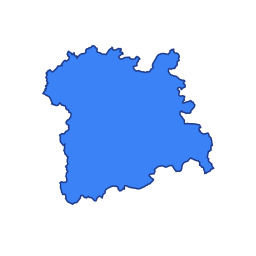 Ambohimahasoa, Haute Matsiatra, Madagascar, rotated 195°
{"feature_id": "10022922B34392392155891", "entity_name": "Ambohimahasoa", "entity_type": "district", "adm_level": 2, "iso_a3": "MDG", "parent_name": "Madagascar", "parent_adm1": "Haute Matsiatra", "projection": "mercator", "projection_center": [47.173, -21.056], "detail": "fine", "context": "isolated", "style": "filled", "palette": "blue", "viewbox_px": 256, "rotation_deg": 195, "n_neighbors": 0, "source": "geoboundaries", "source_scale": "gbopen_adm2", "svg_char_len": 5868}
<svg xmlns="http://www.w3.org/2000/svg" viewBox="0 0 256 256"><g transform="rotate(195 128 128)"><path d="M190.9,100.7L189.8,97.3L186.4,94.7L185.9,94.8L185.0,96.0L184.7,96.0L184.9,94.1L184.3,93.4L184.3,92.3L183.7,91.2L184.2,90.0L184.1,89.6L183.1,88.7L182.2,86.7L180.9,86.1L179.6,84.8L178.4,84.6L178.5,82.0L178.0,79.9L176.8,77.6L177.0,76.7L177.9,75.6L178.2,74.5L176.7,73.5L176.7,72.2L176.4,71.6L174.9,70.6L174.9,70.1L175.7,68.7L175.4,65.1L174.4,63.9L173.3,61.4L173.9,59.7L176.3,58.7L178.1,58.9L179.5,57.6L179.5,57.3L178.5,56.4L177.8,53.0L176.2,50.5L175.6,48.9L174.6,48.1L174.1,47.1L173.6,46.9L172.4,47.6L171.1,47.3L170.0,45.3L170.1,43.9L167.3,41.2L161.8,40.1L160.5,41.8L158.5,42.6L157.8,43.4L156.0,47.9L156.0,50.4L155.3,51.0L153.9,51.0L152.3,49.7L150.4,49.7L149.8,49.9L149.2,51.3L148.7,51.7L147.5,50.8L145.3,51.4L141.4,49.0L140.1,49.4L139.8,52.2L138.5,54.5L137.4,54.8L134.9,53.8L134.9,57.3L133.4,59.2L133.8,61.8L133.5,62.5L132.4,64.1L130.5,65.9L127.9,67.8L125.1,68.7L124.6,68.4L124.0,68.6L122.5,68.3L121.9,67.8L121.9,66.7L119.8,65.1L118.4,65.7L117.1,67.7L115.7,68.1L115.7,68.5L116.4,69.0L116.1,70.0L116.3,71.2L115.8,71.6L113.6,71.8L112.8,71.3L110.0,71.2L104.5,71.8L102.8,71.7L100.4,72.7L99.1,74.0L96.9,75.6L95.8,77.2L94.6,77.8L93.9,79.2L92.6,79.6L90.2,83.8L90.1,84.7L90.3,85.1L92.6,85.7L94.1,86.9L94.9,87.1L95.3,88.0L95.1,88.7L94.6,89.2L91.1,90.4L90.7,93.2L91.8,94.7L89.4,98.0L88.6,98.7L85.9,100.1L84.2,100.4L82.0,99.9L80.8,100.2L78.0,102.5L76.3,103.0L75.3,102.9L72.1,99.9L70.2,98.5L69.1,99.2L66.7,99.7L65.8,100.7L65.6,102.6L66.0,104.9L65.8,107.2L65.1,108.8L63.5,110.4L61.8,111.3L60.3,114.7L59.8,115.0L58.9,115.2L58.3,114.8L57.2,115.0L56.6,114.6L53.2,114.2L51.7,114.5L50.7,113.7L49.8,113.4L49.2,110.6L47.9,110.4L46.8,109.3L45.3,109.5L44.9,109.2L43.5,106.7L42.4,105.6L42.1,104.0L40.9,104.5L39.7,106.1L37.9,107.3L37.3,108.3L37.2,109.8L36.1,110.1L34.9,111.3L37.3,113.3L37.7,114.8L41.3,116.5L42.0,117.4L42.1,119.2L43.8,120.0L44.3,126.3L43.1,126.5L43.0,127.6L42.1,128.2L43.2,132.3L42.1,133.1L42.2,133.6L43.4,135.7L43.9,137.6L45.0,138.9L45.1,139.7L45.4,140.1L47.2,140.8L49.0,143.6L49.8,143.7L52.7,142.0L54.6,141.8L56.8,142.6L57.3,143.6L58.2,143.3L58.8,145.0L59.3,145.5L59.3,146.3L58.9,146.9L58.1,147.0L57.9,147.5L59.7,149.4L60.2,149.5L65.2,149.1L70.5,147.8L71.9,147.8L72.5,147.3L74.2,146.8L74.6,147.1L75.5,149.0L75.6,150.1L77.4,151.3L78.3,152.4L79.6,153.0L81.3,154.6L81.9,156.9L80.4,158.4L79.8,157.5L78.3,157.7L75.5,157.2L74.6,157.8L72.2,158.3L71.6,158.8L71.4,159.5L71.7,160.8L69.6,165.0L69.3,166.6L69.5,167.4L69.7,167.9L71.1,168.6L71.9,169.9L73.4,169.7L74.4,170.7L74.8,170.7L75.9,169.5L79.3,167.6L80.6,166.4L81.8,166.7L81.9,167.7L80.9,169.5L81.6,171.1L81.3,172.4L81.5,173.1L83.8,173.3L85.6,172.2L87.5,173.0L87.7,173.7L87.7,176.6L88.5,177.4L89.8,177.7L90.3,178.6L90.3,179.3L88.9,180.5L88.0,180.7L87.1,180.1L86.9,179.3L86.5,179.0L86.1,179.3L85.7,180.5L83.4,182.5L84.2,184.5L84.9,185.0L85.8,185.1L85.9,186.8L85.3,187.7L85.6,188.3L86.7,188.6L88.0,187.9L89.1,188.4L90.9,188.3L92.8,189.5L95.1,190.4L96.8,190.2L100.1,190.4L101.7,191.2L103.6,193.1L103.9,193.9L103.6,196.1L102.8,196.3L102.0,196.0L101.1,196.2L100.1,197.1L98.6,197.5L98.1,198.3L97.7,200.2L96.8,201.5L97.6,204.6L97.4,205.2L96.5,205.9L96.1,206.5L97.1,208.0L97.4,209.0L96.9,209.5L96.9,210.1L98.0,211.9L98.6,212.5L100.4,213.0L101.3,212.5L102.4,212.7L103.9,214.0L104.0,215.4L104.4,215.9L105.6,215.0L105.9,215.2L107.4,213.5L107.1,212.3L108.2,209.5L112.7,209.2L114.6,208.7L117.6,206.6L118.3,205.2L120.7,196.2L120.5,194.2L119.3,193.2L119.5,192.4L121.0,190.7L121.7,188.1L122.4,187.5L124.0,187.4L125.5,186.1L127.4,186.3L128.6,185.8L132.8,186.1L134.8,185.1L136.1,185.6L137.2,186.5L137.5,186.5L138.7,188.5L138.2,189.1L135.6,190.4L135.5,190.9L136.1,191.7L136.2,193.4L135.3,195.3L135.6,196.9L134.5,197.6L134.5,197.9L136.4,199.1L137.9,199.3L138.0,198.6L138.9,198.2L139.2,196.4L140.8,195.8L143.2,195.5L144.2,195.8L144.3,196.3L145.3,196.7L149.6,195.1L150.4,194.1L152.2,192.8L153.2,192.7L155.1,193.7L155.3,194.0L155.1,195.3L153.9,196.6L153.4,197.6L152.9,198.0L152.1,197.9L152.1,198.6L153.0,199.5L155.5,199.6L155.6,200.5L154.8,201.5L155.0,202.4L155.6,202.8L156.6,202.3L157.7,202.4L159.6,200.6L161.8,199.5L163.4,200.0L163.6,201.3L164.3,201.7L164.5,200.9L166.0,199.3L166.8,197.7L166.9,196.9L168.2,193.3L170.4,193.2L172.0,192.5L174.4,193.4L176.9,193.3L178.0,194.1L178.2,194.7L178.0,195.7L178.6,196.9L180.0,197.1L181.3,198.3L182.1,198.5L183.9,198.0L184.5,196.2L186.5,195.2L187.0,194.2L188.4,193.7L188.8,192.5L188.8,191.8L188.3,190.5L188.5,189.5L189.7,188.6L191.9,187.7L193.1,186.7L194.6,184.4L195.3,182.4L196.3,184.2L197.7,183.8L198.3,184.1L198.5,184.9L199.2,185.5L199.5,186.5L200.2,186.1L200.5,184.6L201.3,184.7L202.3,185.7L205.4,186.6L205.7,185.4L205.8,183.4L204.9,182.8L204.8,182.1L203.3,181.7L203.1,181.2L203.0,179.7L203.6,177.7L205.0,176.6L206.0,177.1L206.9,176.7L208.4,173.4L208.4,172.1L207.9,171.2L209.0,171.3L210.3,169.9L211.6,169.8L212.7,166.6L215.1,162.9L215.7,162.6L216.7,162.9L218.1,163.9L218.5,163.9L218.8,163.2L219.6,163.1L220.1,162.5L220.3,160.6L221.1,160.6L221.0,159.2L220.2,159.0L219.7,158.0L220.2,157.0L220.3,155.4L218.9,154.5L218.7,153.6L218.9,152.7L216.9,150.5L217.7,150.1L217.3,149.5L217.5,148.9L217.3,148.2L218.5,147.3L218.4,146.9L217.8,146.5L217.1,145.1L217.3,144.7L218.1,144.4L218.1,143.6L217.6,143.3L217.5,142.9L218.3,141.8L219.0,139.3L217.2,139.1L216.3,138.7L212.5,137.9L211.1,136.9L207.8,132.7L207.9,131.5L206.8,131.8L206.1,131.1L205.1,131.5L203.7,131.1L202.5,131.3L201.5,132.0L200.4,134.5L200.0,134.6L198.0,132.9L196.7,133.3L196.0,132.9L194.6,133.2L193.7,132.3L192.9,130.5L191.3,129.8L190.2,130.0L189.1,127.9L187.2,127.6L186.6,127.1L186.3,125.8L186.4,123.6L187.3,120.8L188.4,120.1L188.9,119.2L189.3,117.5L188.6,116.1L185.8,115.2L185.6,113.2L184.9,112.7L184.8,111.9L185.6,109.8L187.3,108.4L188.0,106.1L190.8,105.1L192.2,103.4L191.0,102.0L190.9,100.7Z" fill="#3b82f6" stroke="#1e3a8a" stroke-width="1.5"/></g></svg>